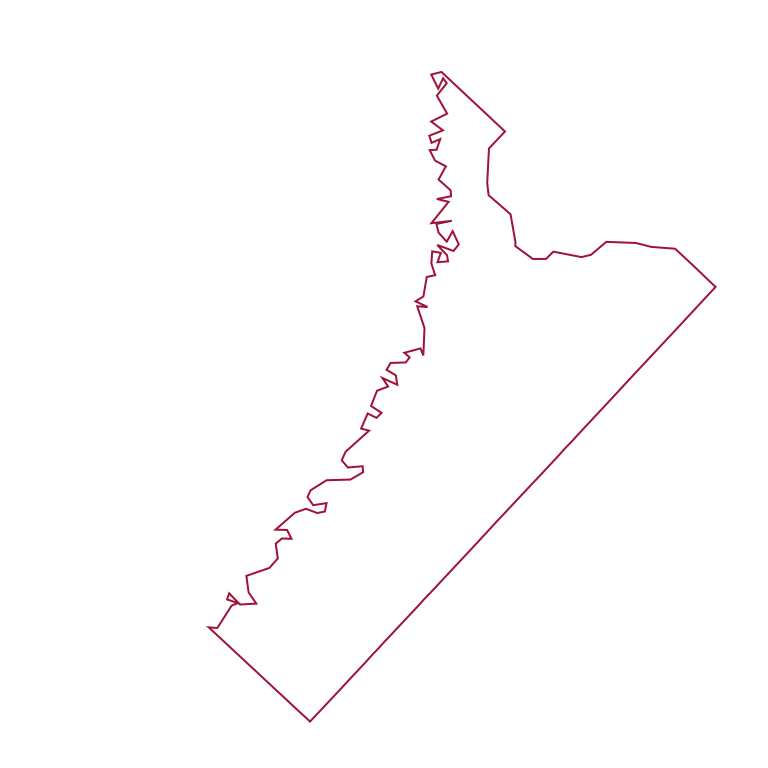 Caddo, Louisiana, United States of America (Robinson projection), rotated 223°
{"feature_id": "52423323B55471057171446", "entity_name": "Caddo", "entity_type": "district", "adm_level": 2, "iso_a3": "USA", "parent_name": "United States of America", "parent_adm1": "Louisiana", "projection": "robinson", "projection_center": [-93.824, 32.607], "detail": "fine", "context": "isolated", "style": "outline", "palette": "rose", "viewbox_px": 768, "rotation_deg": 223, "n_neighbors": 0, "source": "geoboundaries", "source_scale": "gbopen_adm2", "svg_char_len": 2115}
<svg xmlns="http://www.w3.org/2000/svg" viewBox="0 0 768 768"><g transform="rotate(223 384 384)"><path d="M207.8,186.4L207.8,186.5L207.8,186.9L207.9,193.3L207.7,246.8L207.9,254.4L207.8,255.6L207.8,259.0L207.7,261.7L207.7,268.1L207.6,322.2L207.7,349.6L207.8,358.0L207.8,360.3L207.7,373.5L207.7,376.2L207.7,382.1L207.6,415.2L207.5,418.6L207.5,449.7L207.5,451.8L207.7,457.9L207.6,466.8L207.5,471.3L207.5,472.9L207.6,475.9L207.6,477.5L207.6,481.2L207.6,482.3L207.6,483.0L207.6,505.0L207.6,508.2L207.6,533.3L207.6,533.9L207.6,539.4L207.7,553.1L207.7,560.1L207.6,627.9L207.6,628.0L207.7,665.2L207.7,681.1L239.7,681.5L263.3,681.5L282.1,666.5L296.0,658.9L318.4,639.5L320.7,619.7L326.1,611.5L350.4,596.3L350.8,586.0L360.3,577.0L382.1,574.4L384.5,577.3L407.1,594.4L423.8,593.9L436.2,593.4L445.6,601.4L467.9,627.9L467.7,651.2L554.8,651.4L560.5,642.5L545.8,637.0L549.3,647.9L543.3,646.8L542.0,630.9L522.2,624.8L528.5,608.1L513.9,609.7L520.2,596.5L513.7,592.8L509.9,601.4L505.3,591.2L510.1,586.2L498.9,582.2L487.2,585.4L483.5,570.7L467.3,571.1L463.0,567.0L471.5,555.3L461.0,561.3L459.0,534.0L445.7,549.6L454.8,536.8L447.3,531.9L435.2,530.9L438.0,542.6L424.5,537.1L423.9,528.7L439.9,522.0L425.8,521.2L420.8,517.4L427.9,509.6L431.9,518.7L439.2,513.9L431.5,504.4L420.8,498.5L425.7,491.4L414.9,474.9L417.3,466.0L404.6,470.0L412.7,463.5L392.5,452.5L374.7,431.7L381.6,434.9L390.4,420.7L383.4,421.0L382.8,414.6L393.5,403.9L391.8,396.1L381.2,398.4L373.8,392.5L389.3,387.3L379.3,385.0L384.5,374.3L378.5,359.1L366.1,361.2L366.4,354.1L375.8,351.3L370.3,335.8L363.1,339.7L365.9,308.3L362.9,299.4L353.5,298.3L343.5,309.3L339.1,305.2L343.4,291.2L360.4,274.4L365.2,256.2L362.8,249.1L353.1,247.1L344.8,257.7L340.3,250.4L344.8,244.1L356.0,239.5L361.4,229.0L364.0,203.5L355.3,211.1L346.1,207.7L353.3,201.4L354.3,193.4L342.7,184.0L342.4,171.3L353.8,149.8L340.8,139.2L327.6,136.3L338.9,124.5L354.5,125.3L351.8,119.4L341.4,124.2L344.3,118.0L339.5,91.9L346.2,86.5L219.1,86.6L216.9,86.7L212.2,86.7L208.8,86.7L207.9,86.6L207.7,132.6L207.8,145.4L207.7,165.5L207.8,173.5L207.9,178.0L207.8,186.4Z" fill="none" stroke="#9f1239" stroke-width="2"/></g></svg>